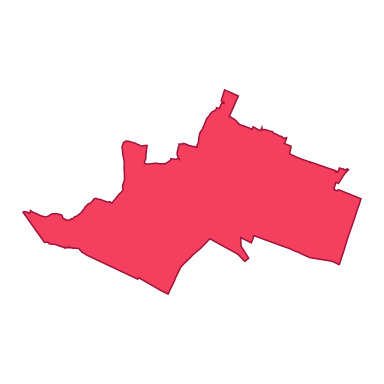 Tochtepec, Puebla, Mexico (orthographic projection), rotated 90°
{"feature_id": "50627088B29443207316447", "entity_name": "Tochtepec", "entity_type": "district", "adm_level": 2, "iso_a3": "MEX", "parent_name": "Mexico", "parent_adm1": "Puebla", "projection": "orthographic", "projection_center": [-97.831, 18.819], "detail": "fine", "context": "isolated", "style": "filled", "palette": "rose", "viewbox_px": 384, "rotation_deg": 90, "n_neighbors": 0, "source": "geoboundaries", "source_scale": "gbopen_adm2", "svg_char_len": 5913}
<svg xmlns="http://www.w3.org/2000/svg" viewBox="0 0 384 384"><g transform="rotate(90 192 192)"><path d="M169.6,35.5L169.4,35.7L168.8,37.0L169.6,37.3L170.3,37.6L168.9,40.7L169.3,40.9L168.5,43.3L168.3,43.4L168.0,44.6L171.8,45.9L171.5,47.2L172.2,47.5L171.8,48.6L170.7,48.2L168.0,56.4L167.6,57.6L166.7,59.9L164.7,65.8L163.9,68.1L162.9,71.0L161.9,74.1L162.3,74.1L161.7,74.8L161.3,76.0L159.0,82.8L158.5,83.8L157.2,87.5L156.3,89.1L155.8,90.2L153.8,94.4L147.3,93.0L147.1,93.0L146.8,93.1L146.6,93.2L146.6,93.3L146.2,93.1L144.2,97.9L143.4,99.6L141.2,98.5L137.6,97.4L137.6,97.9L138.4,99.9L138.3,100.5L136.9,101.7L136.1,103.4L136.3,104.1L135.9,104.7L135.6,105.2L135.2,105.9L134.9,106.4L134.7,106.7L134.6,106.9L134.4,107.3L134.3,107.5L134.1,108.0L133.9,108.4L133.7,108.8L133.5,109.3L133.4,109.8L133.2,110.3L132.7,110.9L132.6,111.0L131.9,111.3L131.7,111.5L131.4,111.9L131.4,112.2L131.4,112.7L131.4,113.1L131.4,113.5L130.6,115.5L130.4,116.0L130.3,116.5L130.1,117.0L130.0,117.3L129.9,117.6L129.7,118.6L129.6,119.0L129.6,119.6L129.5,120.0L129.6,120.4L129.7,121.0L129.8,121.4L128.6,121.9L128.2,122.0L127.6,122.1L130.1,123.0L130.5,123.2L130.4,123.6L130.2,124.2L130.1,124.5L129.9,124.9L129.8,125.3L129.6,125.9L129.4,126.3L128.9,127.2L128.8,127.4L128.7,127.7L128.6,127.9L128.5,128.1L128.4,128.3L128.1,128.4L127.9,128.6L127.8,128.8L127.6,129.1L127.4,129.4L127.4,129.6L127.3,129.8L127.2,130.1L127.1,130.4L126.9,130.7L126.8,130.9L129.4,132.0L128.1,134.5L127.5,136.0L127.0,137.5L126.5,138.8L125.8,140.3L126.0,140.6L124.8,143.5L124.6,144.7L123.6,145.2L123.8,145.4L121.0,147.7L120.5,148.2L119.0,150.0L118.3,151.4L117.6,152.4L117.1,153.3L116.5,154.2L116.5,154.8L113.9,153.6L113.4,153.4L112.5,153.0L111.5,152.5L110.5,152.0L109.6,151.6L109.1,151.5L106.6,150.3L102.7,148.7L96.0,145.6L89.9,159.4L100.7,162.8L102.6,159.9L103.4,160.2L102.9,162.3L108.4,164.6L107.7,167.5L109.9,168.0L111.1,170.3L112.0,172.1L113.1,172.9L113.8,173.7L115.2,174.5L116.5,175.4L118.4,177.2L122.6,178.9L125.3,179.9L126.9,180.6L127.7,181.3L129.2,181.5L130.4,182.3L130.9,183.0L132.8,184.1L136.4,184.9L139.4,185.3L142.2,185.6L145.9,187.1L146.4,187.0L147.3,186.9L146.8,189.0L146.5,190.4L145.8,193.8L145.1,196.5L144.8,196.4L144.0,198.4L143.4,200.8L143.9,200.8L144.1,205.0L145.1,204.8L147.9,205.9L148.9,206.0L149.7,206.1L151.4,206.7L153.0,206.9L154.5,206.8L155.5,206.6L157.4,205.8L159.2,204.8L158.6,205.9L158.9,206.7L159.3,209.0L158.7,213.1L160.2,213.4L163.7,218.6L163.7,221.1L163.8,223.8L163.5,225.8L163.2,228.1L163.4,230.0L163.7,233.0L164.0,235.3L164.0,236.9L163.8,238.1L163.5,239.6L161.9,239.4L160.8,239.2L160.1,238.8L159.0,238.3L158.0,238.1L156.5,238.1L154.5,238.2L154.3,238.0L150.5,237.6L145.4,236.9L145.5,239.8L146.1,242.2L145.8,243.5L145.0,244.6L144.4,246.4L143.5,248.2L142.7,250.0L142.2,252.5L141.5,254.4L141.1,256.3L141.1,257.6L141.1,258.6L141.8,259.0L142.4,260.5L144.7,261.2L146.7,262.0L147.5,262.1L148.4,261.8L149.6,261.6L154.8,261.1L157.5,260.6L162.0,259.7L163.7,259.8L167.0,259.9L169.3,259.9L171.8,259.7L174.2,259.6L175.3,259.6L176.7,259.5L179.7,259.5L181.8,260.1L184.0,260.9L185.0,261.2L186.9,261.4L190.3,260.9L194.1,264.8L203.2,272.1L201.8,273.8L201.8,275.2L202.2,276.3L202.1,277.1L201.5,277.9L201.2,279.0L200.5,281.1L199.8,282.6L199.3,284.2L199.3,285.3L199.1,286.4L198.4,287.6L198.4,288.9L199.2,290.3L200.3,290.9L203.2,293.6L203.8,295.7L205.4,297.3L206.8,298.7L207.7,299.2L208.4,299.5L209.5,300.5L210.1,301.0L212.1,302.5L213.3,303.3L213.8,304.4L214.5,305.3L215.8,306.6L216.5,308.6L217.4,310.1L218.4,310.8L218.7,311.5L218.7,312.3L218.9,312.9L219.4,313.7L220.1,314.7L220.0,317.1L219.7,318.2L219.3,319.2L219.2,319.4L218.9,319.5L218.6,320.7L218.1,321.1L217.2,321.4L216.3,321.6L215.6,321.9L215.2,322.2L215.0,322.3L214.9,322.6L214.9,323.0L214.8,323.5L214.4,324.3L213.9,326.3L213.7,327.6L213.7,329.5L213.9,332.0L214.7,333.5L215.8,335.0L216.4,336.5L217.1,338.5L216.4,340.7L215.7,343.3L214.0,346.8L213.2,348.6L212.6,350.5L211.1,352.7L210.5,353.5L213.3,354.3L211.9,357.5L211.9,359.0L211.6,359.2L211.6,359.7L212.2,361.0L216.5,357.9L221.8,354.2L223.4,353.1L228.4,349.5L231.7,347.3L232.1,346.8L233.2,346.1L242.4,339.6L242.4,338.1L242.4,335.6L243.8,334.8L244.2,332.8L244.2,331.2L244.3,330.4L244.5,328.3L245.4,326.2L245.9,325.4L245.9,324.6L246.4,323.5L246.6,323.3L246.6,322.2L247.4,320.6L247.3,320.4L247.5,320.0L247.3,320.0L247.3,319.9L247.3,318.9L247.6,319.0L247.7,318.6L248.0,318.6L247.7,318.2L247.7,317.7L247.7,314.8L246.4,314.9L246.5,314.6L247.5,314.5L247.6,313.8L247.8,313.8L247.8,313.3L248.0,311.5L248.2,311.3L248.3,310.9L248.0,310.8L248.6,304.8L250.3,303.9L250.9,303.3L251.2,302.6L252.2,302.1L253.5,299.6L255.1,297.3L271.8,262.0L273.5,258.1L274.9,255.5L275.5,254.0L277.3,250.2L278.1,248.6L278.8,247.2L279.2,246.3L277.7,245.4L277.8,245.3L278.2,244.5L278.4,244.2L279.0,243.1L279.7,242.0L279.9,241.5L280.3,240.8L280.4,240.7L280.8,240.0L281.6,238.6L282.5,237.0L284.2,234.1L284.6,233.4L290.6,223.0L290.8,222.7L291.8,220.7L294.1,215.9L287.8,213.0L283.4,210.7L280.3,209.3L278.6,208.8L266.9,203.1L263.6,199.9L261.2,197.3L254.2,190.4L252.8,188.8L252.7,188.6L248.0,183.0L245.5,180.7L244.9,180.0L238.8,174.2L240.0,171.8L242.5,167.4L243.7,165.2L248.8,156.0L253.8,146.8L255.7,144.7L261.4,139.2L258.2,135.3L246.2,142.9L237.6,143.3L242.9,132.7L235.7,129.9L239.0,121.0L241.0,115.5L242.9,110.3L245.9,102.1L248.7,94.2L251.3,88.6L251.5,87.6L256.0,77.8L257.7,73.8L258.1,71.4L258.5,68.7L259.4,63.2L260.2,58.5L260.8,54.4L261.3,52.2L262.1,50.1L263.0,48.2L264.0,46.1L264.6,45.6L264.4,44.6L260.0,43.2L250.3,40.0L237.5,36.1L227.2,32.5L225.5,31.9L217.6,29.2L213.3,27.8L210.7,27.1L205.4,25.1L200.9,23.7L198.8,23.0L197.9,25.3L193.1,36.9L192.9,37.7L190.1,44.2L189.9,46.2L190.4,46.4L191.0,46.6L189.5,49.7L189.4,50.1L182.5,48.2L182.4,48.1L183.0,46.7L183.5,45.7L180.4,43.6L178.9,42.6L175.9,40.9L175.4,40.5L174.9,40.1L174.4,39.7L174.0,39.3L173.3,38.9L173.1,38.6L172.7,38.4L172.5,38.2L172.2,37.8L171.5,37.2L171.1,36.8L169.9,35.8L169.6,35.5Z" fill="#f43f5e" stroke="#9f1239" stroke-width="1.5"/></g></svg>